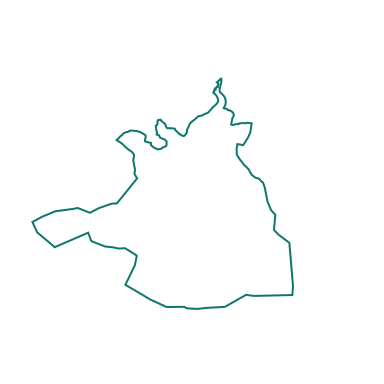 the district of Akinyele, Oyo, Nigeria, rotated 204°
{"feature_id": "59680162B96934818178887", "entity_name": "Akinyele", "entity_type": "district", "adm_level": 2, "iso_a3": "NGA", "parent_name": "Nigeria", "parent_adm1": "Oyo", "projection": "albers", "projection_center": [3.952, 7.55], "detail": "fine", "context": "isolated", "style": "outline", "palette": "teal", "viewbox_px": 384, "rotation_deg": 204, "n_neighbors": 0, "source": "geoboundaries", "source_scale": "gbopen_adm2", "svg_char_len": 5691}
<svg xmlns="http://www.w3.org/2000/svg" viewBox="0 0 384 384"><g transform="rotate(204 192 192)"><path d="M325.6,99.7L317.1,92.2L296.4,86.2L295.1,85.6L270.3,112.6L264.8,106.9L263.7,106.2L250.5,106.8L249.1,106.9L241.8,109.3L236.4,110.4L236.0,110.5L230.4,113.4L216.8,111.5L216.5,111.3L214.4,101.9L215.1,80.1L195.3,77.9L186.9,76.8L168.4,76.6L152.5,83.9L149.5,83.6L141.1,86.8L138.9,87.7L131.9,91.9L115.3,100.4L100.8,120.0L100.7,120.1L93.3,122.2L58.4,138.7L61.5,147.2L82.4,185.2L95.6,188.2L101.7,190.7L106.6,205.1L112.2,207.5L119.1,213.9L127.6,226.0L130.9,229.4L133.2,230.0L136.1,231.4L140.1,230.9L144.5,232.0L146.7,233.5L149.2,235.6L152.5,237.0L155.1,237.8L156.4,238.4L158.2,239.5L161.2,241.0L166.3,244.4L168.9,249.9L170.0,254.2L166.4,255.2L164.7,255.4L164.3,255.7L163.1,263.6L163.0,264.1L162.9,270.0L165.5,279.0L167.3,278.5L170.2,277.5L170.9,276.6L171.1,276.5L171.8,276.4L172.9,275.9L174.4,275.2L175.8,274.4L177.2,273.4L177.3,272.8L179.3,272.0L180.5,271.1L181.5,270.0L182.5,269.6L183.7,269.6L185.2,276.2L184.9,277.2L184.8,278.9L186.8,281.2L188.0,281.5L189.1,281.9L190.3,281.8L191.3,281.8L191.8,281.8L192.0,281.5L192.8,281.5L193.0,281.8L193.5,282.0L194.0,282.0L194.5,281.9L195.2,281.9L195.8,281.8L196.1,281.8L196.4,281.5L197.2,281.5L197.1,283.6L197.0,284.5L197.1,285.5L197.4,287.0L198.0,288.4L199.1,290.2L200.9,292.0L202.2,292.8L204.5,293.7L206.8,294.5L207.6,295.2L208.2,296.1L208.5,297.0L209.4,301.2L209.9,304.1L210.4,305.6L211.0,306.8L211.4,307.4L211.7,307.2L212.0,306.9L212.2,306.3L212.4,305.8L212.5,305.2L212.6,304.9L212.7,304.5L213.0,303.9L213.4,303.2L213.7,302.7L213.9,302.3L213.5,302.2L213.0,302.1L212.5,302.0L212.1,301.7L211.9,301.5L212.0,301.3L212.1,301.1L212.0,300.8L211.9,300.6L211.8,300.3L211.7,300.0L211.6,299.8L211.5,299.5L211.5,299.2L211.4,298.8L211.3,298.6L211.7,298.6L211.9,298.6L211.9,298.3L211.9,298.2L212.0,298.2L212.1,297.9L212.2,297.6L212.2,297.4L212.4,297.0L212.5,296.7L212.7,296.4L212.8,296.3L212.9,296.1L213.0,296.0L212.8,295.9L212.6,295.8L212.4,295.6L212.2,295.5L212.1,295.3L212.0,295.2L212.4,294.8L212.6,294.6L212.8,294.4L212.9,294.2L213.0,294.0L213.1,293.9L212.9,293.7L212.7,293.5L212.6,293.3L212.6,293.1L212.9,292.8L212.7,292.7L212.5,292.4L212.5,292.2L212.6,291.8L212.6,291.6L212.7,291.3L211.8,291.1L210.3,290.6L209.0,290.0L207.0,288.5L205.2,286.3L205.0,284.2L205.7,281.7L207.5,277.7L208.5,274.3L209.5,271.2L210.9,269.5L212.7,267.9L213.5,266.3L214.1,265.9L215.4,264.9L217.2,263.5L218.1,261.5L219.1,259.1L220.0,257.6L221.2,255.2L221.8,253.2L221.7,251.4L221.8,248.3L221.8,247.5L221.8,246.6L221.3,245.7L221.0,244.7L220.9,243.9L221.1,242.8L221.4,241.9L221.5,241.1L221.8,240.3L222.4,239.7L222.9,239.6L223.8,239.6L224.3,239.5L225.2,239.6L225.7,239.8L225.9,239.9L226.3,239.8L226.7,239.7L226.8,239.8L227.1,239.7L227.4,239.9L227.5,240.0L227.8,240.1L228.0,240.2L228.3,240.3L228.7,240.4L229.0,240.5L229.5,240.8L229.9,241.0L230.2,241.1L230.5,241.1L231.1,241.3L231.5,241.4L231.9,241.6L232.2,241.8L232.5,241.9L232.8,242.2L233.1,242.5L233.3,242.7L233.4,242.8L233.5,242.9L233.8,242.8L234.2,242.7L234.5,242.6L235.0,242.4L235.6,242.2L236.0,242.1L236.4,242.0L236.9,241.7L237.2,241.5L237.5,241.4L237.9,241.4L238.2,241.3L238.5,241.2L239.0,240.9L239.4,240.7L239.8,240.6L240.1,240.4L240.4,240.3L240.7,240.3L241.2,240.5L241.5,240.6L241.8,240.8L242.1,241.0L242.5,241.5L242.8,241.9L243.2,242.2L243.4,242.5L243.7,242.7L244.0,242.9L244.4,243.1L244.7,243.2L244.7,243.3L244.9,243.3L245.2,243.5L245.3,243.6L245.6,243.7L245.9,243.7L246.3,243.7L246.7,243.8L247.1,243.9L247.6,244.1L248.0,244.2L248.2,244.3L248.4,244.4L248.6,244.5L248.8,244.6L249.1,244.7L249.2,244.8L249.3,244.9L249.5,245.0L249.5,244.8L249.7,244.7L250.1,244.8L250.6,244.8L251.2,244.6L251.8,244.4L252.2,244.0L252.2,243.5L252.4,243.0L252.3,242.6L252.1,242.2L251.8,241.8L251.5,241.2L251.3,240.4L251.3,239.4L251.5,238.6L251.6,238.3L251.9,238.0L252.0,237.5L251.9,237.4L251.8,237.2L251.7,237.1L251.5,236.8L251.3,236.5L251.1,236.3L251.0,236.2L250.9,236.0L250.8,235.8L250.6,235.5L250.4,235.1L250.0,234.5L249.8,234.1L249.5,233.6L249.2,233.3L249.0,233.0L248.7,232.6L248.4,232.3L248.1,232.0L247.9,231.7L247.7,231.5L247.7,231.3L247.7,230.9L247.7,230.5L247.6,230.1L247.4,230.1L247.1,230.2L246.7,230.3L246.2,230.4L245.7,230.3L245.4,230.3L245.1,230.3L244.9,230.3L244.6,230.0L243.6,228.8L241.9,228.7L238.0,228.8L235.7,227.8L235.1,226.2L234.5,225.0L234.3,223.6L234.8,222.6L235.9,221.9L236.7,220.9L237.2,219.8L237.8,219.1L238.2,218.6L238.6,218.3L239.0,218.1L239.7,217.7L240.2,217.2L241.2,217.0L243.3,217.1L244.6,217.1L245.9,217.3L246.7,217.5L247.5,217.9L247.9,218.0L248.0,218.1L248.3,218.1L248.5,218.1L248.7,218.3L248.8,218.4L248.9,218.6L249.0,219.0L249.2,219.3L249.3,219.5L249.4,219.9L249.5,220.1L250.0,220.0L250.3,220.0L250.6,220.0L251.0,219.9L251.3,219.8L251.7,219.7L252.0,219.7L252.3,219.5L252.6,219.5L252.8,219.5L253.1,219.4L253.4,219.4L253.7,219.4L253.8,219.4L254.0,219.3L254.6,219.3L255.0,219.2L255.4,219.2L255.6,219.2L255.8,219.3L255.9,219.8L256.1,220.7L256.3,221.5L256.4,221.8L256.5,222.3L256.6,222.7L256.7,223.1L256.7,223.5L256.9,223.9L257.0,224.4L257.6,224.9L260.7,225.4L264.0,225.7L267.6,225.1L271.1,223.9L273.5,223.0L274.9,220.9L276.6,219.9L278.5,217.6L279.1,215.4L280.1,213.8L280.8,211.4L282.0,208.8L276.0,207.8L274.8,207.5L273.1,206.7L269.7,205.6L268.3,205.3L267.0,204.7L265.3,204.6L264.3,204.4L263.0,204.1L261.9,203.6L260.8,202.9L259.9,202.0L259.4,201.0L259.3,200.2L259.1,199.5L258.9,198.5L258.7,197.3L258.3,196.5L257.4,195.7L256.7,194.2L256.0,193.4L255.4,192.4L254.8,191.4L253.7,190.3L253.1,188.8L252.6,187.9L252.4,186.6L252.3,186.0L251.8,185.1L247.7,182.1L256.0,150.9L258.4,149.9L260.7,148.6L270.6,139.3L276.8,131.5L290.0,130.9L293.1,128.6L309.0,118.8L319.0,108.3L325.6,99.7Z" fill="none" stroke="#0f766e" stroke-width="2"/></g></svg>